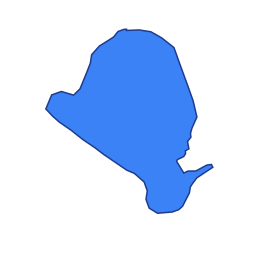 Wonsan City, Kangwŏn-do, North Korea (Equal Earth projection), rotated 70°
{"feature_id": "82179303B41531617373143", "entity_name": "Wonsan City", "entity_type": "district", "adm_level": 2, "iso_a3": "PRK", "parent_name": "North Korea", "parent_adm1": "Kangwŏn-do", "projection": "equal_earth", "projection_center": [127.373, 39.107], "detail": "fine", "context": "isolated", "style": "filled", "palette": "blue", "viewbox_px": 256, "rotation_deg": 70, "n_neighbors": 0, "source": "geoboundaries", "source_scale": "gbopen_adm2", "svg_char_len": 881}
<svg xmlns="http://www.w3.org/2000/svg" viewBox="0 0 256 256"><g transform="rotate(70 128 128)"><path d="M222.1,108.1L220.2,103.5L210.1,92.6L204.8,89.6L203.0,87.4L198.4,80.4L195.2,67.2L193.9,61.7L190.8,62.1L189.8,66.6L191.6,78.9L189.0,86.4L189.4,91.0L175.9,93.7L174.6,92.4L173.9,85.4L171.8,82.7L169.1,81.9L168.4,77.9L161.1,76.7L158.1,72.0L154.4,71.1L150.1,68.0L149.1,67.1L141.3,59.5L124.6,57.5L109.6,57.4L92.6,57.4L79.5,57.4L68.2,57.3L54.9,65.5L45.4,73.6L39.7,83.9L35.8,96.1L34.7,95.6L33.9,98.2L33.9,104.3L37.6,110.5L39.4,118.7L41.2,126.9L46.7,137.1L54.2,141.2L63.6,149.5L74.8,159.7L78.5,167.9L70.9,178.1L70.8,188.4L82.0,198.7L91.5,194.6L99.0,190.5L110.4,182.4L123.7,174.2L135.0,166.0L144.5,159.9L155.9,151.7L167.2,143.6L172.9,137.5L184.3,131.3L193.7,131.4L201.2,135.5L210.6,135.5L218.2,129.4L222.1,115.1L222.1,108.1Z" fill="#3b82f6" stroke="#1e3a8a" stroke-width="1.5"/></g></svg>